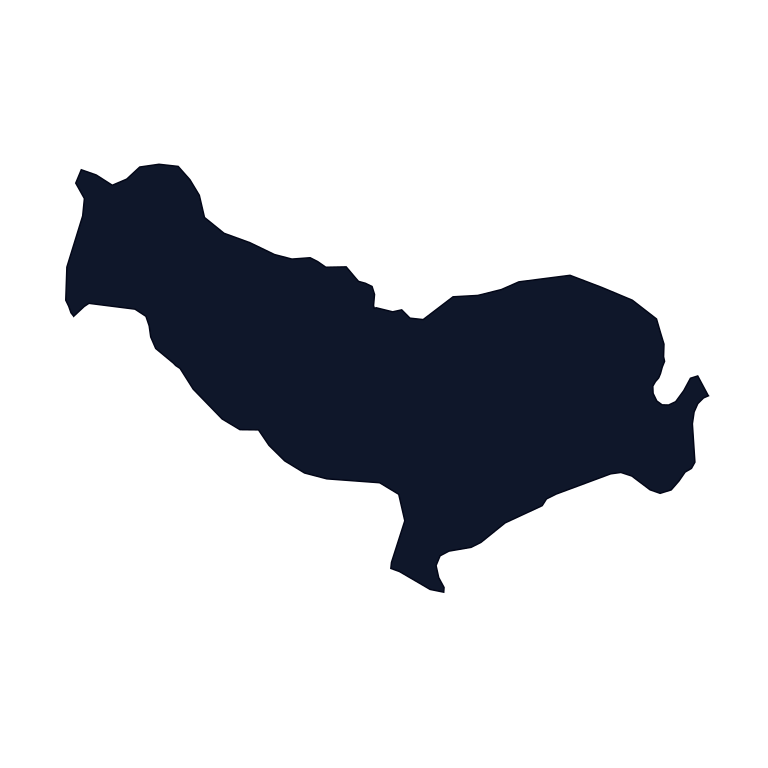 an SVG outline of Vientiane [prefecture], rotated 4°
{"feature_id": "LAO-3283", "entity_name": "Vientiane [prefecture]", "entity_type": "Prefecture", "adm_level": 1, "iso_a3": "LAO", "parent_name": "Laos", "parent_adm1": "", "projection": "albers", "projection_center": [102.591, 18.122], "detail": "fine", "context": "isolated", "style": "filled", "palette": "ink", "viewbox_px": 768, "rotation_deg": 4, "n_neighbors": 0, "source": "natural_earth", "source_scale": "10m", "svg_char_len": 1583}
<svg xmlns="http://www.w3.org/2000/svg" viewBox="0 0 768 768"><g transform="rotate(4 384 384)"><path d="M101.8,325.1L84.0,324.1L79.5,327.6L69.7,338.1L69.6,337.9L66.8,334.8L64.1,328.5L60.7,322.6L59.5,289.5L71.7,237.3L72.2,219.9L62.5,205.1L67.1,191.4L82.4,195.6L99.1,204.7L113.0,197.6L125.2,184.6L144.2,180.5L163.5,181.3L176.2,193.8L186.6,208.6L193.3,230.4L213.9,244.8L240.4,252.4L265.7,262.5L283.4,265.8L301.5,263.2L309.3,266.5L317.8,271.6L338.1,269.8L348.4,280.4L351.4,283.4L358.4,284.8L365.3,287.6L368.3,295.3L368.1,306.4L369.0,309.2L370.9,308.5L387.6,311.4L396.5,308.8L405.3,316.5L418.6,317.0L446.8,292.2L471.4,289.1L494.5,281.6L511.4,272.7L562.0,262.6L594.6,272.5L625.9,283.1L651.3,300.1L656.3,313.7L660.5,324.7L661.0,337.3L662.3,341.8L660.4,347.7L659.1,354.2L657.6,358.7L654.6,362.7L652.3,367.4L653.1,374.6L657.3,381.9L662.9,385.4L669.4,385.1L676.2,381.3L683.5,369.7L689.3,356.9L696.4,354.1L707.9,372.4L708.5,373.1L703.7,375.6L698.4,381.7L695.3,390.3L694.4,402.2L699.6,440.3L696.6,446.7L690.5,450.9L685.0,460.2L677.9,469.6L667.1,473.8L656.8,471.0L637.6,458.5L626.5,455.7L616.4,457.8L563.2,481.9L554.1,487.3L550.3,494.3L514.5,514.1L491.8,535.2L482.4,540.8L460.4,546.2L451.9,551.5L448.6,561.5L452.1,573.4L458.1,582.8L458.1,587.5L444.3,585.7L412.5,570.0L403.7,567.5L403.9,561.5L414.3,519.0L406.4,493.0L386.5,482.8L333.6,482.6L310.9,478.3L290.3,467.6L273.6,453.3L262.0,438.5L243.5,439.6L225.0,430.2L194.0,402.4L179.5,382.7L174.9,380.1L172.5,377.9L153.8,364.5L148.0,353.3L145.7,342.4L141.8,333.1L130.4,326.7L101.8,325.1Z" fill="#0f172a" stroke="#020617" stroke-width="1.5"/></g></svg>